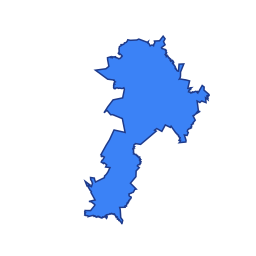 Santiago Papasquiaro, Durango, Mexico, rotated 300°
{"feature_id": "50627088B53299694063482", "entity_name": "Santiago Papasquiaro", "entity_type": "district", "adm_level": 2, "iso_a3": "MEX", "parent_name": "Mexico", "parent_adm1": "Durango", "projection": "orthographic", "projection_center": [-106.236, 25.023], "detail": "fine", "context": "isolated", "style": "filled", "palette": "blue", "viewbox_px": 256, "rotation_deg": 300, "n_neighbors": 0, "source": "geoboundaries", "source_scale": "gbopen_adm2", "svg_char_len": 5902}
<svg xmlns="http://www.w3.org/2000/svg" viewBox="0 0 256 256"><g transform="rotate(300 128 128)"><path d="M79.2,165.7L81.4,157.7L89.8,159.2L94.9,156.5L99.3,157.6L99.8,155.0L100.9,155.1L101.6,155.6L101.8,156.1L102.0,156.3L102.2,156.0L102.5,156.0L102.8,156.5L103.3,156.5L103.4,156.2L104.1,156.5L104.4,155.7L105.4,156.1L105.6,155.8L105.9,155.9L105.5,155.6L105.7,155.2L105.5,154.7L105.9,154.3L106.4,154.4L107.0,154.8L107.1,154.4L106.7,153.9L107.5,153.9L107.9,153.5L107.7,152.4L108.6,152.4L108.0,151.1L108.1,150.5L108.7,150.3L108.5,149.5L108.8,149.3L108.6,148.9L109.1,148.1L108.6,147.5L108.7,147.0L108.4,145.7L109.2,145.7L109.7,144.7L110.7,144.5L111.3,143.9L111.9,143.8L112.7,142.8L112.5,142.6L112.8,142.5L113.0,142.8L113.0,143.2L113.8,142.9L113.9,143.2L114.4,142.4L115.1,142.9L115.1,142.4L115.3,142.1L116.5,141.6L117.5,142.2L118.2,142.2L120.1,147.1L139.4,154.0L139.4,152.1L141.9,153.2L142.0,159.0L149.3,158.8L149.7,164.4L151.1,164.4L147.6,172.0L147.7,172.8L147.2,173.4L147.2,174.0L146.9,174.2L147.0,175.4L146.1,175.9L145.9,176.9L144.9,177.6L145.7,177.5L145.7,178.0L145.1,178.2L142.8,178.4L143.5,179.7L142.0,180.0L141.0,179.8L144.8,185.1L146.4,184.4L150.1,180.3L151.1,182.9L154.2,182.5L154.7,181.1L156.1,180.6L158.1,181.2L158.0,181.5L159.1,182.4L159.9,182.8L160.2,181.9L161.4,182.3L162.6,181.2L164.3,182.4L164.7,181.7L168.4,182.3L171.1,178.2L171.7,178.4L172.1,179.1L173.4,179.3L178.6,182.2L176.4,179.9L178.3,180.2L185.9,174.4L186.0,177.5L188.2,178.3L189.0,182.9L192.9,180.1L192.5,183.0L193.3,182.2L193.7,182.4L193.9,181.4L194.9,181.2L194.8,180.6L195.5,180.2L195.7,180.3L195.4,181.6L196.1,181.4L196.7,182.0L197.1,181.7L196.7,181.4L197.6,181.1L198.8,174.9L201.6,173.4L201.9,171.0L194.5,171.1L194.4,170.2L193.2,170.8L193.3,170.1L193.9,169.4L193.7,168.6L193.4,168.0L192.6,167.6L192.3,167.1L191.8,167.0L191.5,165.8L190.8,165.9L190.3,165.6L190.4,165.2L190.3,164.6L189.9,164.5L190.2,164.2L189.8,163.6L189.9,163.0L189.6,162.3L190.4,162.1L191.9,162.3L192.6,163.0L194.0,162.6L194.6,162.8L193.9,161.8L193.4,161.6L193.3,161.3L192.6,161.0L192.2,160.0L199.6,157.8L198.6,154.1L196.4,148.4L196.0,148.0L198.1,147.9L199.2,147.5L202.8,145.5L211.4,144.3L208.8,140.3L202.5,143.3L202.2,142.7L202.2,141.5L203.0,140.7L203.0,140.2L203.3,139.9L203.0,139.8L203.1,139.2L204.8,138.1L205.9,135.3L206.0,135.7L207.1,134.2L207.3,134.4L207.9,134.1L208.0,134.3L208.8,132.8L207.1,131.8L207.7,130.8L208.5,131.3L208.9,130.6L208.6,130.4L209.0,129.8L208.8,129.6L209.3,128.8L209.0,128.6L210.1,126.7L209.7,126.4L209.9,126.2L209.2,125.7L210.1,125.4L209.8,125.2L210.1,124.7L209.7,124.5L210.3,123.4L211.4,124.0L211.8,123.3L212.6,123.8L213.8,121.8L214.3,122.2L214.7,121.4L213.8,117.6L214.4,116.8L218.6,118.5L220.5,115.6L223.8,115.5L225.1,112.5L219.3,111.7L216.5,107.4L215.3,108.6L213.4,108.5L212.0,109.0L212.0,107.6L211.4,106.8L210.2,106.1L211.8,103.5L212.1,103.7L211.5,102.9L211.6,102.6L213.0,102.3L211.9,101.9L210.4,92.9L208.6,91.6L205.1,86.2L204.3,83.7L203.1,83.9L201.4,83.7L200.5,83.1L200.0,82.4L199.6,82.6L198.2,82.3L197.6,81.6L197.0,81.4L196.8,81.2L197.0,80.8L196.7,80.3L195.9,80.9L194.2,79.9L192.9,80.4L192.2,80.5L190.7,81.6L190.3,81.7L189.1,82.4L187.9,82.2L187.4,83.6L188.1,83.8L188.2,84.1L188.1,84.5L187.8,84.6L188.0,85.3L187.4,87.0L186.6,87.0L186.4,86.6L185.2,86.7L184.2,86.3L184.2,86.1L183.4,85.5L183.5,85.3L183.3,84.6L183.4,84.0L183.0,82.8L183.2,82.7L183.2,82.3L182.9,81.7L183.4,81.4L182.3,80.0L182.1,79.3L181.2,79.2L181.4,79.0L181.2,78.8L181.5,78.7L180.6,77.9L181.2,77.6L178.6,75.1L177.1,76.1L171.8,80.6L168.2,79.2L161.8,70.9L160.1,86.0L162.5,91.8L162.1,91.9L162.1,92.6L161.7,93.2L161.6,93.9L161.0,93.5L160.2,93.4L159.5,93.8L159.4,94.2L159.1,93.7L158.9,93.7L158.5,94.1L157.7,94.2L157.4,94.6L156.1,95.1L156.0,95.5L155.6,95.6L155.2,96.2L155.5,97.2L156.4,97.4L157.4,98.6L157.6,100.0L158.6,101.1L158.8,102.3L159.3,103.2L159.8,103.8L160.7,104.3L159.8,105.5L151.4,108.3L144.9,101.0L136.3,99.9L129.2,99.6L132.6,100.9L132.7,101.3L130.8,106.4L131.9,108.0L133.3,118.4L122.7,127.7L119.3,116.9L108.4,117.9L102.3,117.7L91.2,117.9L91.2,118.9L90.0,119.2L90.1,119.7L91.0,120.6L91.0,122.1L87.5,122.1L87.2,121.7L85.1,121.8L85.0,124.6L85.9,124.6L85.5,127.9L83.0,128.1L84.7,132.2L79.8,132.6L77.1,132.4L74.7,131.7L73.2,132.4L65.0,126.9L66.5,125.0L67.8,123.9L66.4,120.3L64.5,121.6L64.2,122.6L62.3,124.9L58.9,125.7L58.4,122.5L59.7,123.5L60.4,117.6L57.3,121.5L57.7,121.9L55.1,126.4L54.7,128.0L53.6,128.2L49.2,135.5L44.9,130.9L45.7,133.2L45.1,137.5L44.3,137.9L37.8,136.9L35.1,132.1L34.8,132.3L33.7,132.4L33.4,133.0L33.0,133.1L33.1,133.4L32.5,133.2L31.7,134.0L31.0,134.0L30.9,134.6L31.8,136.8L31.9,137.8L31.4,137.9L34.2,140.7L34.6,141.5L34.8,141.5L35.0,141.9L34.7,142.4L34.9,142.6L34.6,142.8L34.9,143.1L35.1,143.0L35.3,143.3L35.0,143.7L35.2,144.0L34.9,144.4L35.2,144.9L35.1,145.3L35.6,145.4L35.6,145.8L36.2,145.8L36.6,146.4L36.3,146.6L36.4,147.4L36.7,147.5L36.5,147.8L36.9,148.3L36.6,148.8L37.0,150.5L37.5,150.5L37.5,150.2L38.4,150.6L38.4,151.3L38.7,151.4L38.9,151.9L39.8,151.9L40.7,152.5L40.3,153.0L39.3,153.6L39.0,154.6L40.2,154.5L40.8,154.2L40.8,153.8L40.5,153.6L41.2,153.8L41.5,152.6L41.8,152.6L42.4,153.1L43.6,154.7L44.3,154.9L44.5,155.4L44.9,155.4L44.9,156.1L45.8,156.5L45.6,157.3L45.8,157.7L46.2,157.8L46.1,158.6L46.4,158.6L46.8,159.1L46.7,159.4L46.2,159.7L46.0,160.8L45.4,161.4L45.6,162.8L44.6,162.7L44.8,163.6L44.7,164.4L43.8,164.5L44.2,165.9L44.1,166.2L43.7,166.0L43.4,166.3L43.8,166.9L43.6,167.5L43.2,167.9L42.8,169.6L41.7,170.7L45.4,169.6L46.8,166.5L53.3,162.2L55.0,160.5L57.9,165.1L58.4,164.6L59.2,164.5L59.6,165.7L60.1,165.4L60.4,165.7L60.3,165.4L61.3,165.0L62.0,165.2L62.3,165.0L62.4,165.3L62.6,165.2L62.9,165.4L63.1,165.1L63.5,165.3L63.6,165.0L64.3,165.4L64.7,165.2L65.1,165.4L65.4,165.1L65.6,165.3L66.3,165.1L66.7,165.5L67.2,165.3L68.2,165.7L69.3,165.6L69.9,164.9L69.6,163.8L69.9,162.7L70.9,162.3L71.2,161.8L71.9,162.2L73.2,163.4L74.1,163.8L74.7,164.5L75.4,164.7L78.3,164.6L79.2,165.7Z" fill="#3b82f6" stroke="#1e3a8a" stroke-width="1.5"/></g></svg>